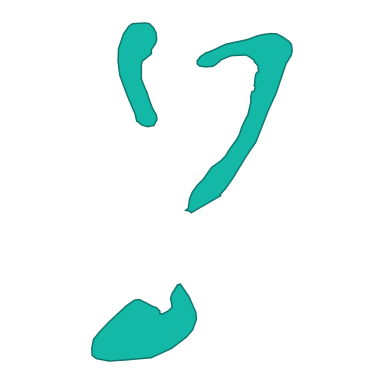 outline of Mwokilloa, Federated States of Micronesia
{"feature_id": "79324940B30982255534478", "entity_name": "Mwokilloa", "entity_type": "district", "adm_level": 2, "iso_a3": "FSM", "parent_name": "Federated States of Micronesia", "parent_adm1": "", "projection": "mercator", "projection_center": [159.759, 6.679], "detail": "fine", "context": "isolated", "style": "filled", "palette": "teal", "viewbox_px": 384, "rotation_deg": 0, "n_neighbors": 0, "source": "geoboundaries", "source_scale": "gbopen_adm2", "svg_char_len": 1681}
<svg xmlns="http://www.w3.org/2000/svg" viewBox="0 0 384 384"><path d="M291.2,55.4L292.2,50.3L291.3,44.2L289.0,41.4L282.0,36.6L276.6,33.9L270.6,33.6L263.3,34.5L257.3,35.9L247.4,39.6L236.7,41.9L225.8,44.2L216.5,48.6L213.9,49.9L209.4,51.7L205.8,52.9L200.5,56.6L197.2,60.8L197.2,63.9L199.6,66.0L205.8,66.9L212.8,66.3L216.2,64.1L221.4,59.6L230.7,55.8L234.0,55.5L245.4,55.0L248.0,55.9L253.8,59.8L254.3,61.6L257.3,65.0L258.2,66.7L258.1,69.6L258.7,70.1L258.7,71.9L257.1,72.2L255.8,74.4L254.9,79.4L254.6,84.4L254.1,85.5L255.5,87.2L254.2,90.8L251.9,91.9L250.8,96.5L250.9,101.8L249.9,106.4L247.9,114.8L245.1,120.1L241.5,127.9L239.6,134.2L236.9,139.2L228.9,150.3L225.9,155.6L220.7,161.0L211.5,167.5L203.3,179.2L197.2,185.4L192.3,192.2L189.7,198.6L188.3,208.3L185.7,210.3L190.1,211.3L191.0,212.8L220.7,195.6L220.1,194.6L225.2,189.0L233.2,177.6L244.9,158.3L250.9,149.2L255.8,142.2L268.2,110.5L270.2,106.1L276.2,92.8L285.9,64.0L291.2,55.4ZM196.5,319.0L195.8,312.3L188.9,296.6L180.3,284.0L177.6,284.8L172.3,293.2L170.6,298.2L172.2,307.2L167.9,311.2L162.6,313.9L159.9,313.9L159.9,311.2L156.5,307.7L152.7,306.4L139.4,299.5L134.4,300.2L126.4,305.8L109.5,321.5L99.5,331.9L93.5,339.5L91.8,348.6L92.1,355.3L96.4,358.6L108.7,361.0L124.7,360.0L151.2,357.7L171.5,348.4L186.1,337.3L192.6,329.9L196.5,319.0ZM153.9,125.4L156.9,119.7L156.3,115.0L152.6,108.6L149.0,99.3L147.1,92.8L144.4,86.8L141.3,78.8L141.4,64.5L142.4,61.1L151.4,53.8L151.4,49.5L155.7,43.1L156.7,39.4L156.0,32.8L153.7,28.1L149.4,23.7L145.1,23.0L132.5,23.7L128.8,26.4L123.5,34.0L118.5,48.7L118.1,61.8L119.8,75.2L127.4,95.9L135.0,113.6L136.7,121.0L142.0,125.0L147.6,126.7L153.9,125.4Z" fill="#14b8a6" stroke="#0f766e" stroke-width="1.5"/></svg>